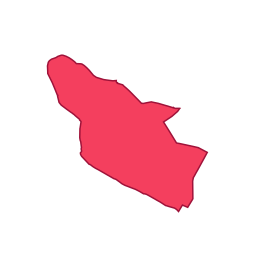 Niamina East, Central River, Gambia (Albers equal-area conic projection), rotated 238°
{"feature_id": "56634734B42374489083147", "entity_name": "Niamina East", "entity_type": "district", "adm_level": 2, "iso_a3": "GMB", "parent_name": "Gambia", "parent_adm1": "Central River", "projection": "albers", "projection_center": [-15.05, 13.638], "detail": "fine", "context": "isolated", "style": "filled", "palette": "rose", "viewbox_px": 256, "rotation_deg": 238, "n_neighbors": 0, "source": "geoboundaries", "source_scale": "gbopen_adm2", "svg_char_len": 1980}
<svg xmlns="http://www.w3.org/2000/svg" viewBox="0 0 256 256"><g transform="rotate(238 128 128)"><path d="M170.9,143.3L171.0,143.1L171.3,142.9L172.0,143.1L172.3,142.5L173.7,142.6L174.5,143.2L176.0,140.2L180.1,135.2L181.3,133.8L182.1,132.9L187.7,128.0L190.9,126.6L193.7,126.2L197.5,125.7L201.1,124.9L203.4,124.2L204.1,124.0L206.7,122.8L207.5,121.9L210.0,118.3L212.2,117.9L213.9,117.3L216.1,116.5L217.7,115.7L218.1,115.6L219.7,114.7L219.9,114.5L221.5,113.6L224.3,111.3L225.1,110.0L225.9,106.5L225.9,104.1L226.9,99.6L226.7,97.0L226.0,95.3L223.3,92.6L218.7,90.0L216.7,88.8L206.5,87.8L198.7,86.5L193.2,85.5L192.9,85.8L192.2,85.1L186.2,83.1L182.8,83.5L176.8,85.8L167.7,89.5L166.7,89.7L164.8,90.3L161.1,91.5L160.4,91.2L159.3,91.5L158.2,91.5L153.3,87.3L152.9,86.9L152.6,86.7L145.4,82.0L143.1,81.0L141.3,80.6L139.2,79.6L136.1,78.2L135.2,77.3L134.2,76.8L133.8,76.8L132.7,76.1L132.1,74.4L131.0,73.9L129.6,73.7L128.4,73.7L117.8,75.8L117.0,76.6L114.0,77.7L111.1,79.1L108.4,80.7L100.9,84.7L92.5,89.2L91.0,90.5L86.2,92.5L84.2,93.2L82.4,94.2L80.9,95.1L78.3,97.1L76.0,98.8L71.8,102.0L71.4,102.2L67.9,104.3L64.0,106.3L63.2,107.4L62.3,108.2L61.5,108.8L52.9,113.5L51.7,114.1L48.3,116.0L46.2,117.0L42.3,118.8L41.1,120.0L40.4,120.5L35.3,125.1L33.0,126.1L30.4,126.6L33.8,133.3L29.1,136.6L33.0,144.4L33.6,145.5L39.5,149.1L48.7,154.7L50.4,156.3L51.2,157.1L51.3,157.1L52.4,159.3L52.6,159.6L53.9,161.9L55.4,164.7L60.6,174.0L65.3,182.3L65.5,182.2L74.1,177.2L77.7,173.6L87.7,163.3L88.0,163.0L88.1,162.8L89.6,161.2L91.4,161.2L102.1,161.3L112.3,161.3L113.6,161.3L114.3,161.3L114.3,161.5L114.6,171.4L115.8,178.9L117.1,182.0L117.2,182.3L117.3,182.2L117.7,181.5L118.5,180.3L118.6,180.1L119.5,178.6L120.3,177.9L120.9,177.6L120.7,177.5L126.1,172.8L126.6,172.3L131.9,167.6L132.0,167.5L133.0,166.6L134.6,164.9L137.1,162.3L137.8,161.6L139.9,156.2L140.6,154.2L141.8,152.5L143.2,152.2L152.3,150.2L158.2,148.9L161.2,148.1L166.2,146.6L167.4,146.4L170.9,143.3Z" fill="#f43f5e" stroke="#9f1239" stroke-width="1.5"/></g></svg>